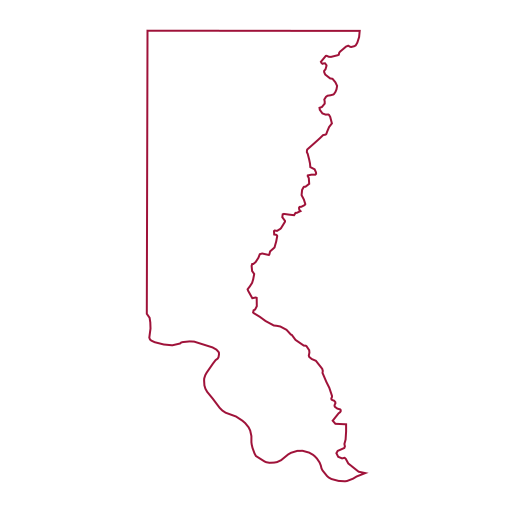 outline of Union, South Dakota, United States of America
{"feature_id": "52423323B60161926026355", "entity_name": "Union", "entity_type": "district", "adm_level": 2, "iso_a3": "USA", "parent_name": "United States of America", "parent_adm1": "South Dakota", "projection": "robinson", "projection_center": [-96.567, 42.782], "detail": "fine", "context": "isolated", "style": "outline", "palette": "rose", "viewbox_px": 512, "rotation_deg": 0, "n_neighbors": 0, "source": "geoboundaries", "source_scale": "gbopen_adm2", "svg_char_len": 3277}
<svg xmlns="http://www.w3.org/2000/svg" viewBox="0 0 512 512"><path d="M332.7,420.7L338.6,413.3L340.1,412.2L340.7,411.2L340.7,410.1L340.2,409.4L337.3,408.6L334.9,406.8L334.5,405.8L334.8,404.4L335.4,403.4L335.3,402.1L334.1,400.7L332.2,400.0L331.5,399.5L331.3,398.5L332.0,396.9L332.0,395.9L329.3,387.8L326.4,382.0L322.5,372.9L322.8,370.9L322.2,368.8L315.9,360.8L311.7,359.0L309.2,356.9L308.8,355.6L309.4,352.6L309.2,350.2L306.5,346.2L305.7,345.7L303.8,345.6L295.5,339.9L291.8,334.9L290.9,334.6L286.5,329.8L280.3,326.5L276.7,325.8L273.8,325.5L265.5,321.0L259.8,316.8L253.7,313.1L253.1,312.5L253.6,310.3L255.1,309.5L256.8,306.2L256.7,297.9L255.7,297.5L252.3,298.2L248.2,290.9L247.6,289.3L249.9,286.3L252.1,282.9L253.2,279.3L254.2,274.0L252.1,271.0L251.6,265.9L252.2,264.0L253.3,264.0L255.6,262.1L258.4,257.8L259.8,254.2L262.2,253.5L268.9,255.0L269.3,254.5L270.1,251.4L274.5,247.5L276.2,241.5L277.2,236.2L277.1,235.6L276.4,234.9L274.2,234.5L274.0,231.1L274.7,230.5L277.0,230.9L280.3,228.9L281.0,228.2L285.0,221.7L285.0,220.9L282.3,217.2L282.7,214.3L283.9,213.9L288.9,214.6L294.1,215.2L295.5,212.9L296.7,212.9L300.5,211.1L299.3,209.8L299.0,207.9L299.6,206.9L301.3,206.8L304.6,205.1L305.3,204.1L303.9,199.6L301.6,195.2L301.6,194.8L302.1,189.9L303.5,187.3L304.0,186.8L305.5,186.7L309.2,183.8L308.8,178.1L307.7,176.0L307.8,175.4L311.3,174.7L315.3,174.7L316.1,173.8L316.0,172.4L314.6,169.3L310.3,167.1L310.0,163.5L309.5,161.2L309.2,159.7L307.7,153.8L306.9,152.3L306.9,150.9L307.2,149.5L316.6,141.2L320.0,138.1L323.1,135.1L325.6,134.6L326.3,134.0L327.2,131.5L329.1,127.0L331.9,123.4L330.2,116.9L329.0,114.9L328.3,114.5L325.6,114.6L322.4,113.4L319.8,109.8L319.5,107.8L321.9,107.0L324.7,103.6L324.7,101.5L324.3,99.5L326.0,96.8L327.6,95.7L330.4,95.3L333.4,94.5L334.0,94.0L335.5,91.8L336.5,89.3L337.1,85.9L335.4,82.3L332.5,78.8L330.1,78.4L325.4,74.7L324.9,73.9L324.1,71.9L324.2,70.8L325.5,69.3L326.5,65.8L326.5,65.3L325.0,63.3L323.7,63.4L322.5,63.8L321.6,63.1L320.9,61.8L325.8,55.9L326.6,55.8L328.9,56.8L331.0,56.9L337.8,55.2L338.8,54.7L339.2,52.8L340.0,51.7L346.0,46.6L348.2,45.7L350.2,46.8L351.2,47.0L354.3,46.2L355.7,45.4L357.3,42.7L359.1,37.1L359.7,30.9L147.5,30.7L146.8,313.8L149.6,317.8L150.3,322.5L150.5,328.6L149.3,337.6L150.0,339.5L151.3,340.6L154.7,342.2L163.8,344.5L172.3,345.3L180.1,343.5L181.2,342.5L182.7,342.1L189.6,341.4L194.1,341.6L212.5,347.4L216.4,349.6L218.5,351.9L218.9,352.6L219.0,354.4L218.5,357.2L217.7,358.6L215.6,360.1L213.0,363.5L206.7,372.6L205.3,375.1L204.2,378.5L204.1,380.5L204.4,385.4L205.4,388.7L207.2,391.9L212.7,398.6L219.7,407.9L222.3,410.5L225.6,412.7L236.0,416.5L242.4,420.7L245.2,423.1L248.6,427.3L250.2,430.6L251.4,436.1L251.4,442.2L251.7,444.5L252.5,447.9L254.5,453.4L255.9,456.0L264.6,461.5L266.2,462.2L269.5,462.8L274.0,462.6L277.0,462.1L281.1,460.2L288.2,454.4L291.0,452.8L297.2,450.9L302.6,450.8L309.1,452.6L313.0,454.8L314.7,456.2L316.9,458.5L319.6,462.5L320.8,465.5L321.5,468.4L322.5,470.4L327.0,476.0L328.7,477.5L331.4,479.0L338.5,480.9L345.0,481.3L347.0,481.0L353.0,478.7L356.6,476.5L365.2,473.1L358.6,471.7L348.3,463.5L345.8,458.9L344.6,457.8L342.1,458.4L338.2,456.8L336.4,453.2L337.7,450.9L344.3,448.0L344.9,446.4L344.4,444.0L345.6,439.5L346.1,431.5L346.1,424.3L335.4,423.8L332.7,420.7Z" fill="none" stroke="#9f1239" stroke-width="2"/></svg>